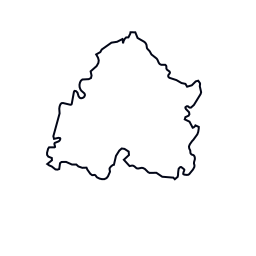 SVG path tracing the border of Sevilla, rotated 137°
{"feature_id": "ESP-5844", "entity_name": "Sevilla", "entity_type": "Autonomous Community", "adm_level": 1, "iso_a3": "ESP", "parent_name": "Spain", "parent_adm1": "", "projection": "orthographic", "projection_center": [-5.672, 37.516], "detail": "fine", "context": "isolated", "style": "outline", "palette": "ink", "viewbox_px": 256, "rotation_deg": 137, "n_neighbors": 0, "source": "natural_earth", "source_scale": "10m", "svg_char_len": 2905}
<svg xmlns="http://www.w3.org/2000/svg" viewBox="0 0 256 256"><g transform="rotate(137 128 128)"><path d="M70.5,196.6L71.3,196.7L73.9,193.3L72.1,194.5L69.8,195.4L67.6,195.5L65.9,194.0L62.1,195.4L60.9,196.3L57.4,193.0L59.6,187.3L57.4,180.2L57.2,178.7L57.4,177.4L57.8,176.2L59.6,173.6L59.8,172.8L59.8,169.3L60.7,165.8L59.7,159.2L59.9,157.9L61.0,154.8L61.2,153.2L60.6,151.6L57.7,148.9L57.6,147.6L58.1,146.7L59.4,145.3L59.7,144.0L59.1,141.0L59.5,140.0L60.3,139.5L62.3,139.2L63.2,138.6L63.6,137.6L63.5,136.5L59.9,130.0L58.2,124.4L55.9,121.1L56.6,117.9L52.2,115.7L46.7,115.9L44.4,114.7L44.8,111.8L45.2,111.1L47.0,109.6L50.1,104.3L51.8,103.3L64.1,99.9L68.1,100.0L69.0,100.9L69.2,101.5L69.3,102.8L69.7,103.4L70.2,103.8L71.4,104.0L71.9,104.0L72.4,103.4L72.7,102.4L72.6,97.9L73.7,96.2L75.3,95.7L78.6,96.8L80.6,95.6L78.7,90.7L80.5,84.1L79.7,83.7L77.7,83.6L76.9,83.9L75.5,80.5L76.7,79.3L79.4,77.2L81.6,76.1L88.3,74.8L90.1,74.7L93.9,73.9L95.0,73.4L96.0,72.9L96.9,71.7L97.3,70.9L97.5,70.2L97.6,69.7L97.9,69.0L99.4,67.1L99.6,66.3L99.6,65.5L99.4,64.8L98.9,64.1L98.6,63.4L98.6,62.6L98.8,61.8L99.2,61.0L99.8,60.2L100.5,59.5L102.8,58.1L103.5,57.5L104.0,57.0L104.7,55.6L105.3,54.9L106.2,54.2L108.8,53.3L114.7,52.5L115.8,52.7L117.0,53.6L118.4,55.2L118.8,55.9L119.0,56.5L118.6,57.1L117.2,58.0L116.4,58.3L115.7,58.7L115.2,59.2L115.2,59.9L115.3,60.7L115.7,63.1L116.3,63.7L117.3,63.8L118.8,63.6L120.7,62.1L122.7,60.3L123.3,59.6L125.0,58.4L128.7,58.6L128.7,60.8L136.2,69.0L137.8,75.9L142.8,80.4L143.4,81.9L143.6,86.6L144.4,88.7L145.4,89.7L148.3,91.5L149.2,92.7L149.5,95.6L150.0,97.0L150.6,97.7L152.8,99.1L152.7,107.6L145.7,107.6L143.6,110.3L144.8,115.1L146.6,117.3L149.8,117.4L155.8,115.8L163.4,110.7L164.4,111.3L166.8,111.5L168.8,111.1L169.4,110.7L171.0,108.3L175.6,106.3L177.9,106.0L180.1,106.7L181.9,108.3L183.3,110.4L184.3,113.0L184.3,113.8L184.1,115.4L184.3,116.3L184.8,116.8L185.9,117.5L186.4,118.1L186.8,120.2L186.1,125.3L185.4,127.3L188.6,130.1L190.5,133.7L190.7,136.5L193.9,139.5L196.4,145.4L199.8,148.5L201.7,148.6L206.3,144.9L208.0,145.7L209.3,147.2L210.0,151.9L211.1,154.3L211.6,156.7L205.6,156.3L204.2,158.0L205.8,161.4L205.5,163.5L204.1,165.1L200.6,167.3L198.9,167.7L195.0,164.0L194.3,163.9L193.8,164.5L193.1,166.0L192.3,166.9L191.6,167.0L187.8,165.5L186.6,165.5L185.6,165.8L185.0,166.2L184.7,166.5L184.6,166.9L185.5,168.2L189.5,170.5L188.2,172.9L168.1,185.3L165.1,189.0L163.3,190.4L161.3,191.4L159.7,191.5L158.5,190.6L154.3,184.3L153.4,183.8L152.7,184.0L142.9,191.3L141.8,191.6L140.9,190.5L140.8,188.4L142.5,184.9L142.7,183.0L142.1,181.8L141.0,181.1L139.8,180.7L138.6,180.7L137.1,181.4L136.6,182.1L136.3,183.1L136.7,187.2L136.5,188.6L135.5,190.9L134.0,192.7L132.1,194.0L130.2,194.7L128.3,194.6L123.4,190.5L121.0,189.8L118.9,191.2L116.7,194.9L108.7,194.7L105.3,195.8L103.3,197.4L102.0,199.8L101.1,203.5L96.5,202.4L93.7,203.3L81.9,201.7L77.2,198.5L70.5,196.6Z" fill="none" stroke="#020617" stroke-width="2"/></g></svg>